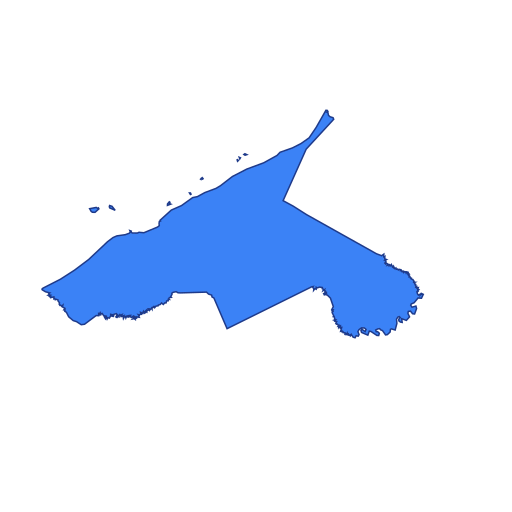 the district of Sarmi, Papua, Indonesia, rotated 306°
{"feature_id": "22746128B27261093121909", "entity_name": "Sarmi", "entity_type": "district", "adm_level": 2, "iso_a3": "IDN", "parent_name": "Indonesia", "parent_adm1": "Papua", "projection": "mercator", "projection_center": [139.039, -2.532], "detail": "fine", "context": "isolated", "style": "filled", "palette": "blue", "viewbox_px": 512, "rotation_deg": 306, "n_neighbors": 0, "source": "geoboundaries", "source_scale": "gbopen_adm2", "svg_char_len": 6166}
<svg xmlns="http://www.w3.org/2000/svg" viewBox="0 0 512 512"><g transform="rotate(306 256 256)"><path d="M415.0,226.9L395.3,229.1L382.8,229.5L373.4,226.3L364.8,221.9L354.1,214.5L349.7,213.9L336.0,207.5L321.0,197.5L306.5,190.2L291.9,185.9L287.2,183.9L277.2,177.3L269.6,173.7L266.0,170.4L253.0,166.1L243.4,160.5L228.6,157.4L228.2,158.2L227.1,157.5L225.4,158.4L223.7,159.9L221.5,159.3L208.9,151.6L206.4,147.4L204.9,146.6L201.9,142.4L201.8,140.9L202.8,140.5L202.4,139.0L201.7,140.1L200.1,140.2L196.4,137.7L190.5,131.6L186.9,129.5L180.4,127.5L154.9,122.7L137.9,117.5L122.2,111.4L104.7,102.5L103.4,102.3L103.0,102.9L103.3,106.7L104.9,110.8L103.9,110.4L103.6,111.3L102.2,110.9L103.4,112.8L101.9,112.4L101.8,113.7L102.3,114.0L101.7,114.4L104.1,116.5L102.5,117.7L103.2,118.2L102.6,119.3L103.5,119.7L104.1,121.6L103.3,122.2L102.6,124.6L101.4,125.0L100.8,126.4L101.4,126.9L101.1,128.2L102.7,128.6L101.0,129.3L101.4,132.2L99.5,132.2L100.1,133.2L98.9,133.8L99.0,135.7L96.7,140.2L96.3,146.1L97.4,149.4L97.7,155.0L100.0,157.4L113.9,161.7L115.2,163.8L117.1,162.4L117.5,163.2L116.1,163.8L117.1,165.0L117.7,164.7L117.5,163.5L118.6,163.3L117.9,164.7L119.1,165.3L118.2,167.9L119.0,169.6L117.6,169.2L116.7,171.2L118.7,171.0L117.5,172.6L119.0,172.4L119.6,173.9L122.2,173.6L123.4,172.7L123.7,173.5L122.4,174.2L123.2,176.1L123.9,176.1L123.7,175.0L124.3,174.6L127.3,176.9L126.6,178.3L124.5,178.4L124.2,179.0L124.7,179.8L126.5,179.2L125.9,180.2L126.3,181.0L127.3,180.0L128.6,180.2L127.9,181.9L129.0,181.5L129.8,182.0L128.4,182.2L128.2,182.9L130.0,184.1L128.7,184.3L127.5,185.5L129.9,185.2L130.3,185.8L129.4,187.1L131.2,186.6L133.1,188.1L131.0,187.5L131.8,189.0L133.5,188.6L134.3,189.5L133.0,189.8L133.0,191.4L135.5,192.1L135.6,192.9L135.1,193.1L134.0,192.1L134.3,193.6L132.7,193.3L133.7,194.2L133.7,195.5L135.2,194.0L135.1,195.7L135.7,195.9L136.4,194.9L137.8,197.5L138.2,196.6L139.0,196.6L139.4,195.3L139.9,196.5L140.9,196.6L141.6,197.8L142.3,197.6L141.9,196.5L142.6,195.7L143.1,197.8L145.0,197.5L143.8,199.2L145.5,199.9L145.5,200.7L146.0,198.8L147.8,199.2L146.8,199.7L146.7,200.5L147.8,199.8L149.3,201.0L150.0,200.0L150.5,200.7L149.5,201.8L152.3,202.1L151.9,203.1L153.2,202.2L153.7,202.9L154.9,202.8L155.7,204.0L154.7,203.4L154.5,204.4L156.6,204.5L158.2,206.1L158.9,205.8L160.4,207.0L162.5,207.2L162.3,209.5L164.4,209.7L165.2,210.8L167.1,210.1L168.2,211.3L169.3,210.5L169.9,211.4L170.1,210.5L171.4,210.4L172.8,211.8L173.0,210.9L175.6,210.6L176.4,209.8L177.9,210.3L180.2,212.4L180.4,214.5L181.7,216.5L197.7,237.2L197.3,240.0L198.3,243.1L197.0,244.5L197.3,246.6L180.2,275.3L263.7,319.1L264.8,320.1L264.1,320.1L263.4,322.1L262.2,322.8L264.2,322.9L264.5,324.2L266.1,323.1L266.2,324.3L268.2,325.7L269.5,328.2L268.5,328.8L268.7,330.3L267.4,330.6L268.9,331.2L267.6,331.5L268.6,331.6L268.4,332.8L267.3,332.9L268.0,334.3L267.4,334.8L266.9,333.6L265.8,333.8L265.3,333.0L264.7,334.1L266.3,335.0L265.8,335.4L266.3,336.7L265.7,340.9L260.5,348.3L257.3,348.8L257.8,349.9L256.5,349.7L256.8,351.5L256.1,350.3L255.0,350.8L253.2,354.2L252.4,354.2L252.8,355.1L251.3,356.7L251.4,357.9L250.0,356.9L250.3,358.1L249.8,358.4L249.2,357.3L250.4,359.8L248.5,360.1L248.6,361.1L247.6,360.7L248.7,361.7L248.5,363.4L247.8,363.5L248.6,364.0L247.3,364.6L248.5,365.1L247.2,365.5L248.6,365.9L247.5,366.8L248.4,367.4L244.9,368.7L245.9,369.4L245.2,370.0L245.9,370.8L245.2,371.4L246.2,373.2L245.1,373.9L245.9,374.4L245.3,375.1L245.9,375.6L246.1,374.7L246.6,375.4L247.2,375.2L246.7,375.9L247.2,376.4L246.2,377.0L246.5,377.6L247.0,377.2L246.8,378.3L248.3,378.9L247.4,379.4L248.4,379.6L247.4,382.3L248.1,384.2L250.4,383.9L251.2,385.8L253.0,385.6L254.7,382.9L257.0,382.6L259.9,383.6L261.5,386.1L261.3,388.2L259.0,388.7L259.0,384.8L257.4,384.7L256.2,386.3L257.7,393.0L261.8,391.8L262.5,393.4L262.8,400.5L263.8,402.0L266.0,401.2L266.3,398.8L265.4,397.8L266.5,396.3L268.6,397.4L269.9,398.7L269.5,400.2L270.0,402.2L268.3,407.2L269.6,408.5L273.3,409.2L275.7,407.9L276.7,408.5L277.9,412.1L284.3,409.6L287.5,406.8L290.0,406.7L291.2,407.5L291.0,408.7L288.7,408.7L287.5,409.7L287.4,411.6L288.2,413.3L290.9,410.7L292.3,415.5L297.0,416.0L298.9,412.6L300.7,411.8L302.2,413.4L301.3,416.6L302.3,418.4L307.9,416.8L309.5,414.8L306.3,412.3L307.1,410.1L308.5,409.8L311.1,411.4L317.3,411.8L319.1,414.7L323.3,413.9L323.0,412.2L322.0,413.3L322.5,412.6L322.1,411.8L321.0,411.8L321.8,411.3L319.8,410.4L320.3,408.9L321.3,407.6L322.4,407.8L322.2,407.2L324.4,407.5L324.2,407.0L323.4,407.3L323.6,406.6L325.8,405.9L324.9,405.1L325.9,404.9L325.1,404.7L324.7,403.7L326.0,403.7L325.7,402.7L326.3,401.7L326.9,401.8L326.9,400.5L327.6,399.8L328.2,400.1L327.5,399.0L329.1,398.5L328.3,398.4L329.2,396.8L328.7,395.1L329.4,394.7L328.9,393.9L329.7,392.8L329.2,392.1L330.0,392.0L330.1,390.7L330.8,390.9L330.6,390.1L331.3,390.1L330.9,389.4L331.8,389.0L331.1,388.1L332.1,388.1L331.6,386.9L330.6,387.2L331.5,385.7L330.9,386.3L330.6,385.2L329.7,385.2L330.2,384.5L329.5,384.5L329.8,383.3L329.2,383.1L330.0,381.7L329.1,381.4L329.8,380.7L329.3,379.5L328.5,379.5L328.4,378.0L327.6,378.0L328.2,377.8L327.7,377.3L328.6,376.2L327.3,375.7L327.3,374.1L327.9,374.6L328.4,373.6L327.7,373.9L327.5,372.9L328.3,372.8L327.8,372.0L328.7,370.5L327.2,370.5L327.4,369.7L326.5,369.5L327.3,368.9L325.7,367.7L327.0,367.6L326.8,365.5L325.8,365.6L326.0,364.4L327.7,364.6L328.3,363.2L329.2,363.5L328.6,362.8L329.7,363.0L329.4,361.8L331.1,360.7L330.3,360.6L330.4,359.8L332.6,358.3L330.1,357.5L328.6,352.1L319.2,272.6L318.2,256.6L316.7,245.4L371.9,233.8L412.3,238.5L413.2,237.0L412.2,234.1L412.4,232.0L414.3,229.9L414.0,228.7L415.2,229.2L415.7,228.1L415.0,226.9ZM201.4,98.2L196.5,93.6L195.2,96.4L195.2,97.9L196.7,100.1L201.8,101.2L202.3,100.2L201.5,99.9L201.4,98.2ZM210.8,107.9L209.6,108.4L208.9,109.4L210.2,115.2L211.6,110.3L210.8,107.9ZM248.9,154.0L246.1,153.8L244.9,154.6L247.8,156.5L247.5,155.5L248.9,154.8L248.9,154.0ZM332.6,189.0L332.2,186.9L331.0,186.5L331.1,187.9L332.6,189.0ZM287.8,166.4L285.6,166.0L285.6,166.5L286.4,166.2L286.8,167.7L287.5,167.7L287.8,166.4ZM267.9,165.1L267.2,166.8L267.8,167.1L268.5,165.9L267.9,165.1ZM325.0,185.8L326.3,185.7L326.0,184.4L325.0,185.8ZM322.8,185.6L323.2,184.5L322.7,184.2L321.8,185.4L322.8,185.6Z" fill="#3b82f6" stroke="#1e3a8a" stroke-width="1.5"/></g></svg>